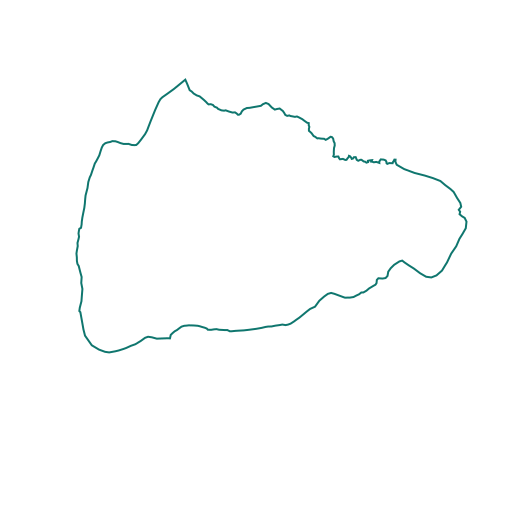 the district of Ban Lung, Rôtânôkiri, Cambodia, rotated 292°
{"feature_id": "14789045B59370140697229", "entity_name": "Ban Lung", "entity_type": "district", "adm_level": 2, "iso_a3": "KHM", "parent_name": "Cambodia", "parent_adm1": "Rôtânôkiri", "projection": "albers", "projection_center": [107.039, 13.672], "detail": "fine", "context": "isolated", "style": "outline", "palette": "teal", "viewbox_px": 512, "rotation_deg": 292, "n_neighbors": 0, "source": "geoboundaries", "source_scale": "gbopen_adm2", "svg_char_len": 4147}
<svg xmlns="http://www.w3.org/2000/svg" viewBox="0 0 512 512"><g transform="rotate(292 256 256)"><path d="M393.0,124.4L389.0,122.2L379.9,117.2L373.2,113.0L368.1,109.7L365.6,108.6L362.1,108.1L353.6,107.8L341.4,107.8L335.4,107.9L331.7,108.0L327.4,107.5L320.4,105.7L316.4,104.5L314.1,103.4L313.3,101.9L312.4,99.2L312.2,95.8L311.3,93.8L310.3,91.3L309.9,88.0L309.9,85.2L309.7,82.7L308.7,79.8L307.1,78.1L305.7,75.9L304.1,74.0L301.7,72.7L298.9,72.4L295.2,72.6L290.6,73.0L287.2,72.7L283.6,72.3L281.4,71.9L276.8,72.2L273.9,72.3L269.3,72.6L266.7,72.4L261.8,72.8L255.9,74.3L251.3,74.9L248.3,75.3L244.8,76.3L240.4,77.7L236.2,78.8L231.3,79.7L226.6,80.6L224.2,81.2L222.9,81.5L219.9,82.5L216.6,83.2L215.1,82.0L213.3,82.3L210.4,83.0L207.6,84.7L205.2,85.1L201.2,85.6L198.4,87.0L196.4,87.4L193.9,87.9L191.0,88.6L187.6,90.4L184.3,91.8L181.8,93.4L180.3,95.4L178.1,97.0L174.7,99.5L171.2,102.2L165.5,104.1L160.4,107.4L153.7,109.5L148.7,111.1L142.0,112.0L138.8,112.8L138.1,114.2L130.8,118.8L123.3,123.5L118.1,127.3L111.7,137.2L110.4,145.5L110.6,151.9L111.6,156.0L113.7,159.3L114.9,161.2L116.9,164.0L120.2,168.0L122.1,170.1L125.9,173.7L127.4,175.4L129.0,177.2L134.1,181.0L138.6,183.8L140.7,186.2L141.6,189.9L142.2,195.0L146.7,205.0L147.4,207.1L150.9,206.5L153.4,207.6L155.7,208.8L157.8,210.5L160.2,211.9L162.6,213.4L164.4,215.6L165.4,217.6L166.5,219.6L167.5,222.2L168.5,225.0L169.5,228.2L169.8,230.2L170.0,232.7L170.3,235.3L170.3,237.5L169.6,239.0L170.4,241.1L170.9,242.3L172.3,244.6L173.4,246.8L173.8,249.4L174.5,251.5L175.7,255.0L176.6,257.1L176.5,258.6L176.4,260.0L177.1,261.6L178.9,265.0L182.5,272.6L185.0,277.2L188.5,283.4L191.5,288.2L193.8,291.4L195.1,293.6L196.5,296.8L198.7,300.1L200.7,303.6L202.3,306.1L203.0,309.3L204.4,311.4L206.2,313.4L209.6,315.8L211.6,317.0L215.1,319.3L223.6,323.9L227.2,326.0L231.1,329.7L238.3,331.5L244.0,334.4L247.8,336.8L249.9,339.5L250.3,342.8L250.6,352.6L250.7,354.1L252.7,358.8L254.5,361.8L257.1,364.0L259.1,365.9L261.6,367.3L262.4,369.2L265.2,371.4L268.3,373.0L270.0,374.3L272.4,376.1L274.1,377.5L276.0,377.9L279.1,377.0L281.2,377.8L282.5,381.8L284.1,384.4L286.8,385.4L291.0,384.5L295.2,385.5L299.6,387.4L304.7,391.0L306.5,393.3L305.7,396.0L304.6,401.0L303.5,407.1L301.5,414.6L300.5,421.5L301.1,423.9L301.8,426.6L305.6,430.6L312.1,433.9L318.8,435.0L321.5,435.5L331.4,436.1L340.0,438.0L348.2,438.2L353.8,439.2L360.3,440.1L366.7,438.3L369.5,435.2L370.0,432.1L371.0,429.1L373.5,428.7L374.8,426.7L378.5,427.8L381.7,425.6L385.2,420.6L389.4,415.3L390.9,411.3L392.6,404.9L394.6,398.9L394.5,390.8L393.8,382.3L392.4,371.9L392.1,360.8L393.3,352.3L395.5,350.0L397.6,349.3L397.2,348.2L395.7,348.1L394.5,347.8L393.2,347.9L392.1,344.8L390.6,343.2L391.0,342.2L392.1,341.7L393.2,340.4L393.2,338.3L392.3,335.5L389.7,334.9L388.5,335.5L388.4,333.6L388.3,332.3L387.0,330.1L387.0,328.7L386.7,327.5L388.3,327.6L387.4,325.9L386.2,324.1L385.0,324.7L383.9,323.4L384.3,321.8L384.0,320.4L384.7,317.8L384.3,316.7L382.6,315.1L382.9,313.4L385.0,311.4L384.3,309.8L382.7,309.4L381.9,308.4L382.9,307.3L383.7,305.8L383.7,304.7L382.4,304.9L381.0,304.3L379.1,303.9L378.5,302.8L378.6,300.2L377.1,297.6L377.7,296.5L379.1,295.1L378.3,293.3L377.2,291.7L377.4,290.3L379.2,290.2L381.7,289.1L385.3,287.9L387.9,287.6L390.1,286.6L391.4,285.1L393.8,283.5L394.7,281.8L394.5,280.5L391.4,278.5L389.8,277.1L390.2,275.3L389.2,272.3L388.6,269.8L388.0,268.8L388.7,266.2L388.8,264.5L390.7,261.5L391.5,259.4L391.9,258.2L393.7,257.4L395.7,257.1L397.0,255.9L399.0,255.1L398.7,253.5L399.6,249.8L400.2,247.7L400.6,243.9L400.7,241.7L399.6,240.0L399.1,237.4L398.7,235.5L398.8,234.2L397.6,232.4L397.8,230.3L399.2,228.6L400.5,226.6L401.6,222.7L400.1,220.3L398.8,218.6L399.6,215.1L400.4,213.3L401.6,210.7L401.6,207.8L399.3,205.5L397.1,204.3L394.7,200.5L392.9,197.6L391.0,194.6L389.8,192.1L387.1,189.6L384.8,188.7L382.2,188.5L380.6,187.3L380.2,186.3L380.9,184.7L381.3,182.7L380.2,180.5L379.8,176.7L379.7,173.3L378.8,172.0L378.1,169.4L378.2,165.7L378.9,164.3L378.9,161.5L379.9,159.5L379.8,157.2L378.8,155.2L379.3,153.7L380.0,152.3L381.1,149.5L381.8,147.4L382.9,143.9L382.7,140.9L383.3,137.3L384.4,134.8L384.9,132.4L389.9,127.6L393.0,124.4Z" fill="none" stroke="#0f766e" stroke-width="2"/></g></svg>